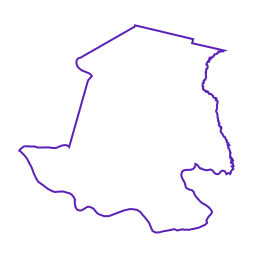 the district of Zárate, Buenos Aires, Argentina, rotated 183°
{"feature_id": "61730980B39719981669742", "entity_name": "Zárate", "entity_type": "district", "adm_level": 2, "iso_a3": "ARG", "parent_name": "Argentina", "parent_adm1": "Buenos Aires", "projection": "orthographic", "projection_center": [-59.227, -34.003], "detail": "fine", "context": "isolated", "style": "outline", "palette": "violet", "viewbox_px": 256, "rotation_deg": 183, "n_neighbors": 0, "source": "geoboundaries", "source_scale": "gbopen_adm2", "svg_char_len": 5505}
<svg xmlns="http://www.w3.org/2000/svg" viewBox="0 0 256 256"><g transform="rotate(183 128 128)"><path d="M36.0,210.4L68.4,216.0L67.6,220.1L126.4,230.9L126.7,229.5L177.7,196.7L178.3,196.1L179.0,195.8L181.1,195.1L182.2,194.1L182.6,193.5L182.9,192.1L182.9,190.5L182.8,189.6L182.5,188.7L181.7,186.9L180.5,185.5L178.6,184.0L177.0,183.1L169.9,180.6L168.3,179.6L167.5,178.9L166.8,178.0L169.6,174.4L170.3,173.4L170.7,172.2L185.8,105.8L186.2,106.1L186.7,106.8L187.8,107.4L189.3,107.6L190.5,107.6L193.1,107.0L195.0,106.2L197.8,104.7L200.1,104.1L203.4,104.2L205.9,104.5L215.8,103.8L218.2,104.0L218.9,104.2L219.6,104.6L220.3,104.7L223.4,104.4L227.5,104.5L230.3,104.3L230.8,104.2L231.6,103.8L233.3,102.1L234.0,101.6L234.4,101.2L235.4,99.6L234.1,99.0L230.7,96.0L228.2,93.3L227.0,91.7L222.1,83.4L219.9,78.2L216.9,72.5L214.7,69.5L210.0,66.6L205.3,63.3L200.0,60.8L197.5,60.3L193.0,60.9L189.4,61.2L185.9,60.3L183.3,59.9L180.8,58.6L178.4,55.9L177.1,53.6L177.3,52.7L177.3,50.9L176.7,47.7L176.1,46.0L174.4,43.7L171.8,43.1L170.7,43.2L169.5,43.7L166.6,45.6L164.8,46.9L162.4,47.4L158.8,46.0L157.1,44.5L156.8,44.0L153.8,40.9L151.9,40.1L147.2,38.7L142.5,39.0L127.9,45.4L122.4,47.0L119.3,47.2L114.6,46.7L111.1,44.7L109.1,42.3L105.3,38.4L101.9,34.3L98.3,26.7L96.0,25.4L94.1,25.1L90.9,25.5L88.2,26.5L83.3,27.6L76.3,29.4L73.3,28.2L72.1,28.7L68.6,29.6L67.7,29.6L66.3,29.2L65.1,29.6L62.6,29.5L61.7,29.6L55.9,31.0L55.2,31.4L52.7,31.9L49.4,33.5L48.7,34.1L47.3,34.6L46.3,35.2L44.2,37.2L44.0,37.8L44.2,38.3L44.8,38.9L44.7,40.2L43.5,42.6L42.3,44.4L40.8,46.1L40.0,47.4L39.8,48.4L40.0,49.4L40.7,50.5L43.0,52.9L43.9,53.5L46.6,55.3L48.2,56.0L50.8,57.4L52.5,58.9L55.8,62.3L56.9,63.5L57.6,64.4L58.1,65.4L59.0,67.4L60.4,68.9L61.8,69.5L63.1,69.6L64.3,70.0L65.9,70.8L66.4,71.2L67.2,72.0L68.3,75.7L68.9,77.1L70.3,79.0L71.4,81.1L72.2,83.1L72.3,84.2L72.2,85.5L71.6,87.1L71.2,87.8L70.1,88.6L67.7,89.2L64.8,89.4L62.1,89.9L61.0,90.4L60.3,91.0L59.1,92.7L58.8,94.0L58.7,95.1L58.8,95.6L57.9,95.4L57.2,95.0L56.3,94.2L54.9,92.4L53.6,91.2L53.3,91.2L52.8,91.5L52.6,91.5L51.2,90.7L48.2,90.0L46.6,90.0L43.8,90.8L42.5,90.6L41.7,90.2L40.1,88.7L39.0,87.4L37.8,86.8L36.9,86.6L35.6,86.6L35.0,86.9L34.0,88.0L33.1,89.3L31.7,90.3L31.2,90.3L30.1,90.2L29.1,89.8L28.6,89.3L27.7,87.7L27.4,87.5L27.3,87.0L27.0,87.1L25.8,88.1L25.3,88.3L24.9,88.2L24.3,88.0L23.9,88.0L23.7,87.9L23.8,87.6L23.6,87.3L23.4,87.5L23.0,88.9L22.9,89.3L23.0,89.8L22.7,90.5L21.9,91.7L21.6,91.9L21.1,91.9L20.8,92.3L20.7,93.1L21.3,93.9L21.2,94.5L22.2,95.0L21.6,95.4L20.6,95.6L20.7,95.8L21.2,95.9L21.6,96.2L21.4,96.8L21.2,97.4L21.2,97.6L21.7,98.2L22.3,98.3L22.0,98.7L21.9,99.0L22.1,99.1L22.9,98.8L23.2,98.8L23.4,99.3L23.3,99.7L22.7,99.4L22.4,99.6L22.8,99.8L22.9,100.1L22.9,100.4L22.4,100.7L22.5,100.9L22.7,101.0L22.8,101.2L22.7,101.4L22.3,101.4L21.7,101.2L21.5,101.3L21.8,101.7L22.9,101.6L23.0,102.0L22.5,102.5L22.5,102.8L23.1,102.9L23.6,102.7L24.1,103.2L24.1,103.4L23.5,103.7L23.5,104.0L23.7,104.3L24.4,104.4L24.7,105.3L24.7,106.0L24.5,106.5L24.4,107.1L24.6,107.5L24.7,107.8L24.3,108.4L24.7,108.6L24.7,109.3L24.9,109.8L24.9,110.5L25.3,110.8L25.5,111.4L26.0,112.6L26.3,112.9L26.8,113.2L26.9,113.5L26.6,114.6L27.5,115.7L27.6,116.1L27.0,116.1L26.1,116.3L26.8,117.2L27.3,118.4L28.3,118.6L28.4,119.1L28.8,119.3L28.8,119.7L28.6,120.2L28.6,120.8L28.9,121.1L29.2,121.1L29.4,121.3L29.5,121.7L30.0,122.3L30.0,122.8L30.4,123.2L30.7,124.0L30.9,124.2L31.6,124.1L31.9,124.4L32.2,125.0L32.8,125.7L32.9,126.3L33.5,127.1L34.2,127.5L34.3,128.0L35.1,128.8L35.2,129.7L35.3,130.2L35.1,130.5L35.1,131.4L35.0,131.7L35.2,132.1L35.3,132.5L35.2,132.7L34.7,132.9L34.9,133.8L36.5,134.2L36.6,134.4L36.6,134.7L36.9,135.6L37.5,135.8L37.6,136.0L37.5,136.3L37.2,136.4L37.0,136.6L37.2,137.2L37.0,137.8L37.9,138.7L38.1,139.3L38.0,139.9L38.5,140.2L38.5,141.6L38.5,141.8L38.9,142.2L38.9,142.4L38.8,143.2L39.3,143.9L39.2,146.0L39.7,146.6L39.9,147.6L40.7,148.9L40.9,149.5L40.9,150.0L40.5,150.4L40.4,150.7L40.3,151.7L40.0,152.4L40.1,153.3L40.4,154.1L40.4,155.3L40.1,155.9L40.2,156.3L40.1,156.8L39.9,157.3L40.1,158.3L39.9,159.3L40.0,159.5L40.5,159.9L41.1,159.9L41.5,160.6L41.8,160.6L42.0,160.8L41.7,161.3L41.1,161.8L41.3,162.3L42.1,162.6L43.6,162.7L44.1,162.9L44.4,163.4L44.7,163.8L44.8,164.6L45.7,165.2L46.0,165.7L47.1,166.4L47.5,166.4L47.9,166.2L48.6,166.2L49.2,166.6L49.3,166.9L49.3,167.7L49.6,167.9L50.5,168.8L50.9,168.9L51.0,168.7L51.1,168.2L51.8,168.1L52.7,169.2L53.5,169.4L53.8,170.1L54.8,170.4L55.0,171.0L55.2,171.5L55.2,171.9L55.4,172.6L55.4,172.8L55.1,173.1L55.6,173.4L55.7,173.8L55.9,174.1L55.5,175.9L55.7,176.3L55.2,176.7L55.0,177.1L54.6,177.2L54.5,177.4L55.0,178.1L54.9,179.3L54.3,179.6L53.6,180.3L53.2,180.4L53.2,180.7L53.3,181.0L53.3,181.4L52.8,182.0L52.6,182.4L52.6,182.9L53.0,184.0L52.9,184.7L53.1,185.8L52.9,187.4L52.9,187.5L53.3,187.6L53.3,188.0L53.1,188.1L53.1,189.0L52.8,189.8L53.0,190.8L52.9,191.0L52.2,191.3L51.5,192.6L51.9,193.4L51.8,194.2L51.9,194.7L52.2,194.8L52.3,195.1L53.1,195.6L52.6,197.2L52.2,197.7L51.9,198.5L51.7,198.7L51.6,198.3L51.1,198.2L50.6,198.4L50.5,198.6L51.0,198.9L51.1,199.3L50.9,199.4L50.4,199.3L50.2,199.4L50.2,199.7L50.6,200.3L50.6,200.7L49.9,200.9L49.7,201.0L50.2,201.4L50.2,202.5L49.7,202.7L49.2,202.5L49.0,202.2L48.5,202.1L48.2,202.4L47.6,203.5L46.8,203.5L46.5,203.8L46.5,204.1L46.4,204.4L45.8,204.9L45.6,205.3L45.7,205.8L45.5,206.1L45.0,206.3L44.7,206.2L44.2,206.2L43.3,206.6L42.8,207.5L42.1,207.7L41.7,208.1L41.5,208.4L41.7,208.9L40.3,208.8L39.9,209.2L39.8,209.5L39.1,209.4L37.5,209.5L37.1,209.4L36.9,209.6L36.9,209.9L36.8,210.1L36.0,210.4Z" fill="none" stroke="#5b21b6" stroke-width="2"/></g></svg>